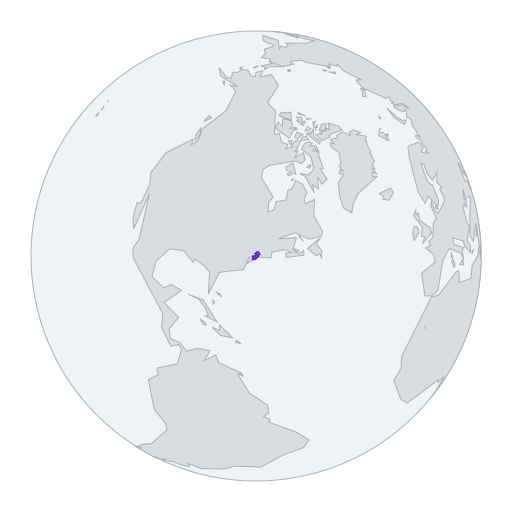 New Jersey on an orthographic globe, rotated 32°
{"feature_id": "USA-3558", "entity_name": "New Jersey", "entity_type": "State", "adm_level": 1, "iso_a3": "USA", "parent_name": "United States of America", "parent_adm1": "", "projection": "orthographic", "projection_center": [-74.673, 40.14], "detail": "fine", "context": "on_globe", "style": "filled", "palette": "violet", "viewbox_px": 512, "rotation_deg": 32, "n_neighbors": 0, "source": "natural_earth", "source_scale": "10m", "svg_char_len": 11703}
<svg xmlns="http://www.w3.org/2000/svg" viewBox="0 0 512 512"><g transform="rotate(32 256 256)"><circle cx="256" cy="256" r="225" fill="#eef3f6" stroke="#a8b0b8"/><path d="M254.2,481.3L253.6,481.2L257.5,481.0L253.4,480.9L261.7,479.3L257.0,479.8L259.4,475.7L266.7,470.7L272.7,450.5L268.0,445.8L250.9,440.0L230.3,417.9L236.0,408.5L231.4,403.5L246.4,389.2L242.4,374.5L237.0,372.2L231.8,377.6L213.7,366.7L207.4,354.2L152.9,322.7L147.5,314.5L147.9,303.7L132.7,259.7L137.9,297.9L131.4,288.6L126.8,273.8L130.2,272.1L128.1,251.7L122.7,241.3L124.9,216.2L140.9,189.9L142.2,196.1L145.9,189.6L144.5,181.6L142.7,178.0L153.6,148.8L151.5,126.9L143.4,124.8L151.0,121.9L130.8,122.1L124.9,115.8L136.1,120.1L140.7,118.5L139.0,112.5L143.4,109.6L145.1,105.3L150.5,102.6L156.6,105.9L160.3,104.4L158.8,100.3L163.4,95.5L164.9,101.6L173.0,94.0L184.7,99.4L184.5,120.0L195.5,122.6L207.3,143.2L210.7,139.7L217.4,146.0L223.9,144.5L224.2,149.3L229.1,144.0L227.5,140.0L229.1,136.5L232.8,135.4L233.9,141.1L232.2,142.5L234.4,143.6L233.4,147.0L236.0,144.7L236.8,152.1L241.4,143.3L246.7,148.1L245.8,153.4L238.8,154.7L219.3,172.1L216.2,178.8L218.9,186.6L239.0,196.9L238.5,204.1L243.1,212.4L246.6,207.3L244.3,199.2L251.9,192.4L248.2,183.7L250.7,179.9L249.7,170.8L257.5,170.5L265.7,175.3L266.9,183.0L270.5,185.5L275.5,177.1L283.8,191.1L299.7,200.1L301.0,204.3L292.4,213.5L276.7,215.6L265.6,229.6L280.6,219.1L283.6,230.5L287.3,232.0L291.7,230.8L293.6,226.1L296.2,229.9L282.4,241.2L279.8,237.9L284.2,234.1L276.8,235.5L267.6,244.1L269.8,249.7L253.4,258.5L254.8,262.8L252.0,267.5L250.9,259.8L252.6,274.0L233.7,289.2L235.7,313.4L225.3,294.3L216.5,291.5L205.8,290.8L206.0,294.7L191.7,289.8L178.8,295.8L174.0,313.6L178.8,328.6L194.6,331.9L199.4,324.9L211.1,324.7L202.6,344.2L223.0,349.1L220.9,363.5L226.8,371.3L237.0,369.9L247.6,373.6L255.1,365.4L267.2,360.5L267.6,372.1L274.2,361.2L281.0,366.3L305.0,363.1L303.2,366.0L323.5,375.8L345.1,376.3L350.1,382.7L347.5,388.0L354.9,387.2L355.0,390.1L384.1,383.9L398.5,384.1L397.7,393.5L385.0,409.4L372.0,432.4L348.9,445.8L342.0,453.4L322.2,465.3L308.3,467.8L311.3,469.9L302.8,472.9L293.5,474.5L291.1,476.2L284.2,477.1L288.3,477.4L276.3,479.8L278.7,480.1L273.5,480.6L254.2,481.3ZM45.5,221.6L47.2,217.2L46.8,221.9L45.5,221.6ZM47.8,213.3L47.3,215.0L47.6,213.3L47.8,213.3ZM47.8,211.2L47.8,212.7L47.5,211.3L47.8,211.2ZM47.5,208.8L47.7,209.9L47.6,210.0L47.5,208.8ZM234.5,321.3L257.8,332.5L244.6,333.9L247.1,331.9L241.2,327.3L230.2,322.7L218.6,324.4L234.5,321.3ZM47.8,204.0L48.0,202.7L48.3,203.3L47.8,204.0ZM244.9,308.6L240.9,307.7L244.9,307.6L244.9,308.6ZM141.2,177.0L144.0,181.8L143.6,190.3L140.8,186.6L141.2,177.0ZM142.6,161.6L145.2,162.7L140.8,169.1L140.7,166.5L142.6,161.6ZM136.7,124.4L138.1,127.5L135.2,125.5L136.7,124.4ZM144.4,105.2L142.6,105.3L144.2,103.0L144.4,105.2ZM245.5,171.7L247.6,171.3L246.7,173.2L245.5,171.7ZM243.1,168.3L240.6,170.8L239.1,169.6L240.7,168.1L243.1,168.3ZM154.0,97.0L157.2,93.6L155.0,97.6L154.0,97.0ZM246.6,165.6L236.8,167.1L234.2,165.0L238.0,157.5L246.6,165.6ZM159.8,92.0L167.5,84.3L164.1,83.7L178.0,81.5L166.9,88.5L164.7,93.3L163.2,91.1L159.8,92.0ZM225.4,139.2L227.2,143.5L222.3,141.1L225.4,139.2ZM221.9,138.6L204.5,137.2L203.7,130.8L209.7,132.4L205.8,125.3L214.0,122.7L217.9,126.1L216.8,130.7L220.8,126.3L221.9,138.6ZM184.5,81.8L187.2,80.6L185.5,82.5L184.5,81.8ZM229.4,134.9L226.0,135.0L225.0,129.4L231.7,128.1L229.8,130.3L229.4,134.9ZM200.9,124.8L201.3,120.6L208.0,117.3L209.1,115.4L214.1,122.1L200.9,124.8ZM231.9,131.0L235.1,127.7L238.9,129.4L232.7,134.4L231.9,131.0ZM221.9,128.5L221.8,125.9L224.0,126.9L221.9,128.5ZM254.2,134.3L250.1,134.2L249.2,131.3L254.2,134.3ZM236.0,126.3L234.7,125.8L233.9,124.7L236.7,122.9L236.0,126.3ZM218.5,119.5L221.2,119.2L216.8,116.6L221.6,114.3L224.1,119.3L225.1,116.2L226.5,115.5L226.9,120.5L218.5,119.5ZM237.2,118.0L242.0,124.1L249.7,124.7L250.7,127.3L238.0,126.0L237.2,118.0ZM231.1,119.0L235.1,118.9L234.3,122.0L231.1,124.0L231.1,119.0ZM224.0,111.0L216.0,113.2L215.7,112.0L224.0,111.0ZM239.6,117.5L238.4,116.1L240.3,117.2L239.6,117.5ZM229.0,112.2L226.2,113.1L226.0,111.7L229.0,112.2ZM238.3,112.6L239.9,114.5L237.8,115.8L238.3,112.6ZM234.2,111.9L234.6,109.9L236.1,115.2L233.0,112.5L234.2,111.9ZM229.3,110.8L228.2,110.3L230.5,110.7L229.3,110.8ZM245.6,106.8L247.9,113.1L243.2,115.9L241.6,109.3L245.6,106.8ZM446.2,135.3L443.6,132.6L440.9,129.0L440.7,128.8L440.4,128.4L445.1,135.1L442.8,133.2L449.6,140.8L457.4,155.1L464.2,169.9L469.8,185.1L474.4,200.8L477.8,216.7L480.1,232.9L481.2,249.1L481.1,265.4L479.8,281.7L479.8,275.9L479.9,260.7L478.9,258.9L477.6,266.9L475.8,264.7L474.5,268.8L462.3,300.2L455.2,301.0L438.8,288.6L438.6,274.5L432.7,263.8L426.4,198.1L431.6,192.5L434.2,163.2L435.7,161.2L442.5,170.7L450.2,161.0L444.2,149.4L444.0,138.4L439.2,128.0L424.9,111.8L432.6,128.3L426.8,125.4L415.0,107.0L407.3,93.8L404.8,92.3L403.7,96.5L395.9,89.7L402.7,97.8L404.4,97.2L408.7,102.5L407.4,103.5L404.6,100.9L405.3,104.4L418.0,116.6L421.2,117.4L426.5,130.6L432.3,133.4L435.9,139.2L427.5,136.8L423.7,133.4L413.1,136.5L417.6,141.2L427.9,138.8L427.4,141.3L433.5,148.5L428.5,145.0L416.0,147.2L416.8,160.8L428.3,188.1L426.6,196.5L420.4,200.3L405.6,182.9L411.1,166.3L406.0,160.8L395.8,159.3L398.4,154.7L394.9,152.3L396.1,146.3L389.0,134.4L388.9,128.3L377.5,120.7L375.9,116.8L383.1,122.3L388.0,123.2L386.7,109.5L383.9,106.0L376.6,102.4L377.2,99.4L370.3,97.7L365.3,89.5L365.6,98.4L357.0,95.2L349.3,89.1L346.6,89.9L359.1,100.0L364.0,102.7L368.2,102.4L381.6,112.3L383.9,117.7L370.0,114.0L371.7,121.7L360.1,116.2L333.5,91.0L326.8,82.6L333.8,72.8L340.3,75.5L341.0,80.2L348.3,77.8L343.9,77.0L344.3,74.9L336.3,72.0L336.2,70.4L328.6,70.7L327.6,68.4L332.5,68.2L319.7,62.8L315.4,58.3L312.5,57.9L310.7,58.8L306.4,52.8L304.5,52.9L305.1,54.8L301.7,56.3L294.1,56.7L293.0,54.6L295.6,54.1L299.5,50.4L306.7,50.0L305.4,49.2L299.0,49.1L294.2,53.6L289.9,54.6L291.2,52.0L290.4,53.0L287.9,52.8L284.5,50.8L282.6,53.6L256.8,56.8L247.6,53.9L251.6,50.8L232.5,52.6L223.5,50.4L224.2,52.0L215.4,54.7L218.1,55.4L217.8,56.4L196.5,65.1L190.7,65.9L182.3,72.6L182.6,73.6L186.4,73.3L178.0,81.5L164.1,83.7L164.1,81.3L155.4,84.8L156.6,79.0L153.5,76.2L159.9,68.6L156.9,67.6L153.8,69.2L147.5,69.4L145.1,65.2L160.6,61.4L166.8,68.8L165.5,64.9L169.8,63.9L171.8,61.4L170.5,59.1L167.9,60.0L186.5,48.5L191.4,42.6L181.2,46.4L174.8,47.9L171.5,47.2L174.1,46.1L189.5,40.7L205.3,36.5L221.3,33.4L237.6,31.5L253.9,30.7L270.2,31.2L286.4,32.8L302.5,35.6L318.4,39.5L333.9,44.6L349.0,50.8L363.6,58.1L377.6,66.4L391.1,75.7L403.8,86.0L415.7,97.1L426.8,109.1L437.0,121.8L446.2,135.3ZM436.3,224.7L438.3,228.3L436.3,224.7ZM404.2,86.8L396.3,79.7L391.0,76.3L387.5,73.5L387.0,73.6L390.6,76.1L388.1,76.1L381.4,71.1L377.9,69.6L380.4,72.0L393.0,81.3L396.7,81.0L402.3,85.5L404.2,86.8ZM305.8,362.9L308.7,364.7L304.8,365.3L305.8,362.9ZM242.8,339.0L247.7,339.3L250.3,341.3L246.5,341.9L242.8,339.0ZM284.1,337.8L289.8,338.3L283.9,339.9L284.1,337.8ZM261.5,333.8L279.6,337.8L268.3,342.1L256.8,339.7L264.7,338.3L261.5,333.8ZM242.7,316.2L245.7,317.2L244.8,319.5L242.7,316.2ZM247.8,308.7L246.6,308.9L245.1,306.9L247.8,308.7ZM284.4,229.8L285.6,229.0L290.0,228.8L288.0,231.0L284.4,229.8ZM309.2,216.9L312.9,223.4L308.9,220.0L306.8,224.0L295.7,222.2L301.1,206.3L300.6,213.6L309.2,216.9ZM282.4,216.0L288.8,218.5L281.6,216.4L282.4,216.0ZM374.6,147.0L378.0,145.9L381.8,149.9L381.9,159.0L376.3,153.1L374.6,147.0ZM381.8,143.5L367.9,138.1L367.3,132.7L370.0,136.5L371.0,133.5L375.6,139.0L388.5,139.7L392.8,143.4L390.6,157.3L389.0,150.5L385.9,151.8L381.8,143.5ZM333.6,138.5L327.6,137.4L334.1,127.0L338.9,129.3L339.4,138.1L333.8,140.6L333.6,138.5ZM255.2,152.7L252.5,153.8L252.2,152.1L254.2,149.7L255.2,152.7ZM252.3,134.5L266.7,146.2L264.4,148.0L275.6,153.3L273.8,160.2L266.5,156.4L273.5,166.1L266.2,165.5L271.7,171.6L255.7,162.4L249.4,162.7L257.2,159.7L259.1,153.2L258.0,150.5L250.3,143.1L237.7,141.0L237.6,134.7L240.8,130.8L243.8,130.4L243.0,134.5L247.6,130.9L248.7,136.6L252.3,134.5ZM279.0,96.0L276.8,99.8L286.2,95.9L287.3,100.6L288.4,99.9L292.0,103.4L298.2,106.4L297.6,108.7L300.2,108.9L302.7,111.4L306.1,112.6L306.4,117.2L310.6,119.2L308.3,120.3L315.5,122.5L310.2,123.0L312.9,126.6L316.6,124.2L309.5,148.8L310.6,159.6L314.3,168.6L304.8,168.9L295.2,161.1L286.9,149.9L287.2,139.8L282.8,142.1L281.7,138.1L285.6,138.0L278.9,135.8L279.0,132.5L271.6,124.2L261.8,123.6L258.9,120.8L262.8,119.4L257.1,117.6L262.5,113.1L260.5,111.1L263.8,104.9L272.4,103.8L269.5,101.7L271.9,97.2L279.0,96.0ZM246.8,105.1L256.9,102.1L262.4,103.4L254.4,113.6L255.4,116.1L250.5,123.3L242.5,121.4L244.7,119.5L244.9,117.2L247.3,118.7L245.6,115.8L248.5,113.2L247.9,110.3L251.3,110.0L246.8,105.1ZM433.0,155.2L433.4,153.1L433.0,149.0L436.8,153.7L433.0,155.2ZM424.8,156.8L424.5,154.2L429.8,158.3L429.4,160.7L424.8,156.8ZM419.8,149.5L424.1,153.7L421.6,152.9L419.8,149.5ZM382.3,119.9L381.4,117.2L383.1,117.7L385.7,120.0L382.3,119.9ZM307.4,87.3L305.2,88.8L303.9,88.1L296.3,88.8L294.9,85.6L298.9,84.0L307.4,87.3ZM428.8,116.7L432.8,122.0L432.3,122.4L431.0,120.4L428.8,116.7ZM437.0,138.3L437.2,134.8L438.0,139.6L437.0,138.3ZM304.6,84.0L301.6,84.6L302.8,82.6L304.6,84.0ZM293.5,83.4L294.0,81.1L293.9,85.4L293.5,83.4ZM288.4,61.2L300.4,63.3L308.2,63.5L311.1,61.2L312.2,65.8L300.2,65.4L288.4,61.2ZM260.8,57.4L258.4,59.9L256.0,58.7L256.2,57.9L260.8,57.4ZM261.8,59.0L265.2,62.6L261.6,64.0L259.6,60.8L261.8,59.0ZM285.4,72.2L289.0,72.9L288.1,74.4L285.4,72.2ZM161.1,51.7L161.9,51.5L152.5,56.0L150.1,57.2L151.6,56.4L161.1,51.7ZM159.5,52.7L164.1,50.6L176.2,48.0L176.4,48.7L162.3,52.3L165.9,50.6L164.6,50.7L159.5,52.7ZM186.1,79.6L187.1,80.5L184.7,80.7L186.1,79.6ZM219.4,56.7L218.5,58.2L215.7,58.2L219.4,56.7ZM214.5,62.4L218.3,61.4L214.7,63.3L214.5,62.4ZM226.9,59.1L220.1,61.4L225.9,58.0L226.9,59.1Z" fill="#d9dde1" stroke="#a8b0b8" stroke-width="1"/><path d="M253.4,258.5L253.4,258.4L253.5,258.3L253.5,258.2L253.4,258.1L253.4,257.9L253.5,257.9L253.5,257.7L253.7,257.4L253.8,257.3L253.9,257.2L254.1,257.2L254.3,257.1L254.5,257.0L254.7,256.9L254.7,256.7L254.7,256.8L254.8,256.7L255.0,256.4L255.3,256.2L255.5,256.1L255.8,256.0L255.8,255.9L255.7,255.7L255.4,255.3L255.2,255.1L255.1,254.9L255.0,255.0L254.9,254.9L254.8,254.5L254.8,254.4L254.6,254.3L254.5,254.2L254.4,254.2L254.5,254.1L254.4,253.9L254.5,253.9L254.4,253.8L254.4,253.7L254.5,253.6L254.5,253.4L254.6,253.5L254.7,253.4L254.8,253.2L254.8,252.9L254.7,252.9L254.6,252.7L254.8,252.5L255.0,252.4L255.1,252.2L255.4,251.9L255.4,251.7L255.5,251.6L255.7,251.4L255.8,251.3L255.9,251.2L256.2,251.4L256.5,251.6L256.8,251.8L257.1,251.9L257.4,252.1L257.7,252.3L258.0,252.5L258.3,252.6L258.2,252.9L258.1,253.2L258.0,253.4L258.0,253.5L257.9,253.6L257.9,253.8L257.7,253.9L257.7,254.0L257.7,253.8L257.7,253.7L257.6,253.8L257.5,254.0L257.4,254.0L257.3,254.3L257.2,254.4L257.2,254.5L257.3,254.8L257.6,254.8L257.9,254.9L258.0,255.0L258.1,254.9L258.0,254.7L258.1,254.8L258.1,255.0L258.1,255.3L258.0,255.7L258.0,255.9L258.0,256.0L257.9,256.1L257.9,256.4L257.9,256.6L257.8,256.8L257.8,257.0L257.8,257.4L257.7,257.4L257.8,256.8L257.8,256.7L257.9,256.4L257.8,256.5L257.7,256.5L257.6,256.8L257.6,257.0L257.5,257.3L257.5,257.6L257.5,257.8L257.4,257.8L257.3,258.0L257.2,258.1L257.0,258.3L257.1,258.5L257.1,258.4L256.9,258.3L256.8,258.5L256.7,258.7L256.7,258.8L256.8,259.0L256.7,259.1L256.4,259.3L256.4,259.2L256.5,259.2L256.4,259.1L256.4,259.3L256.2,259.3L256.4,259.3L256.2,259.6L255.9,260.0L255.8,260.3L255.7,260.3L255.6,260.5L255.4,260.7L255.2,260.8L255.1,260.7L255.2,260.4L255.3,260.1L255.3,259.9L255.2,259.7L254.9,259.7L254.7,259.7L254.4,259.4L254.2,259.3L254.1,259.2L253.9,259.1L253.6,258.7L253.4,258.6L253.4,258.5ZM257.6,257.7L257.6,257.9L257.5,258.1L257.3,258.3L257.3,258.2L257.6,257.8L257.6,257.7ZM257.0,258.7L256.9,258.7L257.0,258.6L257.0,258.8L256.8,259.0L256.8,258.9L256.7,258.8L256.8,258.8L257.0,258.7Z" fill="#8b5cf6" stroke="#5b21b6" stroke-width="1.5"/></g></svg>